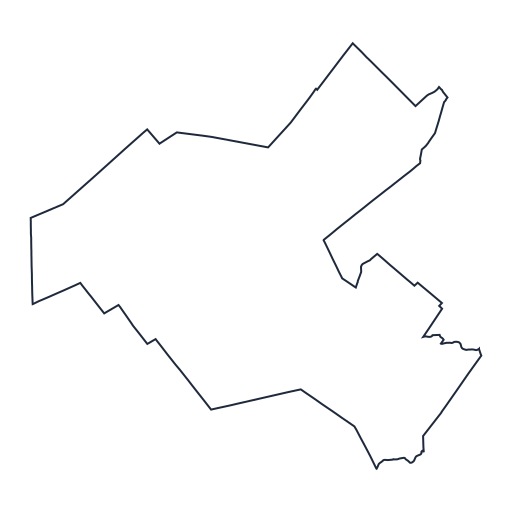 the district of Satchinez, Timis, Romania
{"feature_id": "2599482B76356002585131", "entity_name": "Satchinez", "entity_type": "district", "adm_level": 2, "iso_a3": "ROU", "parent_name": "Romania", "parent_adm1": "Timis", "projection": "natural_earth1", "projection_center": [21.081, 45.93], "detail": "fine", "context": "isolated", "style": "outline", "palette": "slate", "viewbox_px": 512, "rotation_deg": 0, "n_neighbors": 0, "source": "geoboundaries", "source_scale": "gbopen_adm2", "svg_char_len": 4636}
<svg xmlns="http://www.w3.org/2000/svg" viewBox="0 0 512 512"><path d="M268.5,396.6L286.4,392.5L288.6,392.0L297.9,390.0L300.8,389.4L306.1,393.1L313.9,398.4L322.7,404.6L332.3,411.1L342.0,417.9L350.9,424.0L354.4,426.4L354.5,426.6L356.6,430.2L360.5,437.7L364.2,444.6L367.9,451.6L370.4,456.4L376.3,468.5L376.6,468.7L377.7,466.6L378.7,464.1L379.4,463.4L380.5,462.5L381.3,462.0L382.2,461.3L382.9,460.7L383.3,460.2L383.9,460.0L384.5,459.9L385.4,459.9L386.8,460.0L387.7,460.1L388.7,460.0L391.9,459.7L392.9,459.6L393.3,459.2L394.4,459.4L395.9,459.4L397.1,459.3L398.1,459.1L399.3,458.6L400.8,458.3L403.9,457.8L404.4,457.9L404.9,458.1L405.1,458.5L405.5,459.0L406.2,459.6L407.1,460.2L407.6,460.5L408.6,461.3L409.8,462.6L410.3,462.7L410.9,462.8L411.5,462.6L412.1,462.4L412.8,461.9L413.6,461.2L414.2,460.5L414.4,459.8L415.2,458.1L415.4,457.5L415.8,456.9L416.2,456.4L417.0,455.9L418.4,455.3L419.4,454.9L420.1,454.6L420.7,454.3L421.0,453.9L421.2,453.5L421.4,453.2L421.5,452.6L421.4,452.5L421.4,452.0L421.5,451.6L422.3,450.8L423.3,451.5L423.7,451.4L423.4,446.7L423.1,436.0L441.4,412.5L441.6,411.9L446.1,405.6L456.1,391.3L468.5,373.4L476.4,362.4L481.3,355.6L480.6,353.9L479.0,349.0L479.0,348.9L478.9,349.0L477.1,349.9L476.8,350.0L476.2,350.1L475.6,350.0L474.7,349.8L473.8,349.6L472.0,349.4L471.0,349.5L469.9,349.5L469.1,349.5L467.4,349.7L466.6,349.9L465.9,349.8L464.5,349.4L463.6,349.1L462.6,348.6L462.2,348.3L461.8,347.8L461.3,346.9L461.0,345.6L460.8,344.9L460.7,344.3L460.4,343.8L460.1,343.5L459.6,342.8L459.3,342.5L458.8,342.3L458.3,342.1L457.5,341.9L456.6,341.8L455.9,341.8L455.2,341.8L454.5,341.9L454.0,342.0L453.2,342.5L452.5,342.8L451.7,343.0L451.0,342.9L450.1,342.8L449.2,342.7L448.8,342.8L447.9,342.8L447.2,342.8L446.7,342.8L446.3,342.9L445.6,343.0L444.7,343.2L443.8,343.4L442.8,343.7L442.2,343.8L441.2,343.8L440.9,343.6L443.6,339.8L443.3,339.3L442.8,338.6L442.1,338.0L441.5,337.6L441.1,337.4L440.5,336.9L440.1,336.2L439.8,335.7L439.6,334.9L439.4,334.9L432.5,335.2L432.4,335.5L432.1,335.9L431.7,336.2L431.3,336.5L430.9,336.6L430.3,336.8L429.4,336.9L428.6,336.9L428.1,336.8L427.1,336.6L426.4,336.5L425.7,336.4L425.0,336.4L424.3,336.6L423.2,336.9L429.1,328.2L442.1,308.7L439.2,305.9L441.9,303.0L430.5,293.4L417.7,282.7L415.6,284.6L414.4,285.7L410.7,282.5L406.7,279.2L403.1,276.1L399.5,273.0L396.9,270.8L392.7,267.2L390.4,265.3L385.2,260.7L382.2,258.1L378.6,255.0L377.2,253.9L374.1,256.5L371.0,259.1L369.9,260.3L367.7,261.3L362.6,264.0L361.7,265.1L361.0,266.8L361.2,271.9L359.8,275.8L357.8,281.0L357.7,282.2L357.2,283.3L355.8,287.5L354.1,286.4L353.7,286.1L347.5,281.9L342.1,278.3L342.0,277.9L338.9,271.8L336.3,266.3L332.6,258.8L329.6,252.4L325.0,242.9L323.6,240.2L323.8,239.8L330.5,234.4L337.6,228.5L343.6,223.7L350.9,217.9L354.6,214.9L362.5,208.7L369.6,203.0L372.6,200.6L378.5,196.0L386.4,189.8L390.0,187.1L394.8,183.3L404.2,175.9L410.2,171.3L413.8,168.3L416.2,166.2L420.1,163.2L420.4,160.4L420.2,160.0L420.1,159.5L420.0,159.0L421.0,154.1L421.8,149.5L424.7,147.0L424.9,146.7L425.6,146.2L427.2,144.2L427.4,143.9L428.1,143.1L428.8,141.9L431.0,138.7L435.0,133.1L435.9,130.1L437.2,125.9L438.8,120.7L439.9,116.6L441.0,112.9L442.4,107.9L443.3,104.8L444.1,102.1L445.5,100.6L445.9,99.9L445.9,99.5L446.2,99.2L446.8,98.4L447.5,97.5L443.4,92.4L443.0,91.9L441.9,89.8L441.3,89.5L439.0,87.0L438.7,87.4L437.5,89.2L435.6,90.8L434.4,91.8L433.3,92.3L432.3,92.9L431.3,93.3L430.1,93.8L428.9,94.3L428.1,94.8L426.7,95.8L415.5,106.1L394.6,85.0L384.9,75.3L382.3,72.8L370.4,60.9L366.5,57.2L361.7,52.1L352.7,43.3L343.3,55.4L317.2,89.8L316.0,88.7L315.4,89.3L314.6,90.5L313.2,92.6L309.6,97.6L306.9,101.2L300.3,109.8L290.7,122.6L268.1,147.4L211.6,136.9L202.9,135.7L180.7,132.9L176.8,132.4L159.9,143.4L159.5,143.7L147.2,129.4L143.4,132.6L125.8,148.2L118.8,154.5L94.9,176.0L63.1,204.2L30.7,217.9L30.8,222.0L30.8,225.2L30.9,230.9L30.9,233.9L31.2,237.8L31.2,241.9L31.3,248.5L31.4,250.6L31.4,254.7L31.5,258.7L31.5,259.7L31.6,266.2L31.7,268.7L31.9,274.8L31.9,277.3L32.0,283.2L32.1,285.7L32.2,291.5L32.3,294.8L32.6,302.6L32.7,304.1L33.9,303.6L34.3,303.4L37.5,301.8L39.2,301.0L42.8,299.5L49.1,296.8L59.3,292.3L62.1,291.1L74.2,285.7L80.3,282.9L82.3,285.6L85.4,289.5L88.6,293.6L91.4,297.0L93.1,299.2L98.4,306.0L104.2,313.4L106.7,311.9L114.6,307.3L118.5,305.0L120.4,307.4L121.6,309.2L126.1,315.6L132.3,324.6L133.0,325.7L138.8,333.0L144.5,340.3L147.3,343.9L149.3,342.8L153.0,340.6L155.6,339.1L156.4,340.2L161.5,346.7L167.1,354.0L172.4,360.7L175.4,364.5L180.2,370.2L182.4,373.0L186.2,377.8L188.2,380.3L191.8,385.0L194.3,388.2L199.5,394.8L200.3,395.8L205.4,402.3L211.1,409.6L211.5,409.5L217.7,408.1L230.2,405.4L238.7,403.4L268.5,396.6Z" fill="none" stroke="#1e293b" stroke-width="2"/></svg>